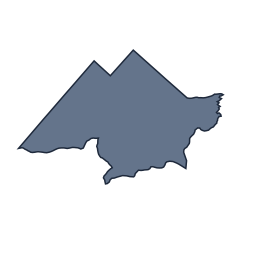 Mirinzal, Maranhão, Brazil (Albers equal-area conic projection), rotated 42°
{"feature_id": "56859067B82265545295101", "entity_name": "Mirinzal", "entity_type": "district", "adm_level": 2, "iso_a3": "BRA", "parent_name": "Brazil", "parent_adm1": "Maranhão", "projection": "albers", "projection_center": [-44.795, -2.07], "detail": "fine", "context": "isolated", "style": "filled", "palette": "slate", "viewbox_px": 256, "rotation_deg": 42, "n_neighbors": 0, "source": "geoboundaries", "source_scale": "gbopen_adm2", "svg_char_len": 2241}
<svg xmlns="http://www.w3.org/2000/svg" viewBox="0 0 256 256"><g transform="rotate(42 128 128)"><path d="M188.1,77.5L189.3,75.7L189.5,73.7L189.8,72.0L190.7,70.1L190.5,67.1L190.7,64.9L189.8,63.9L189.5,62.5L188.4,61.1L188.0,58.6L189.3,56.9L187.8,55.9L185.5,55.9L184.8,57.4L183.3,57.2L183.4,55.0L183.1,52.8L181.6,52.2L182.0,50.3L180.4,50.6L178.8,50.7L178.8,48.4L176.7,48.7L177.5,46.8L177.8,43.6L175.4,44.3L174.8,43.0L175.7,41.9L176.5,39.6L174.9,39.9L173.6,40.8L172.2,42.4L170.8,44.0L169.7,44.9L169.3,46.5L168.7,48.2L166.7,51.4L165.3,53.5L163.7,55.3L162.0,56.6L160.3,58.2L158.8,58.9L157.6,60.1L156.6,61.6L155.3,63.4L153.6,65.0L151.8,66.1L123.2,66.4L120.2,66.4L79.8,66.6L79.9,101.0L66.5,100.9L63.7,100.9L57.9,100.8L58.6,138.7L58.6,140.3L59.2,170.2L59.3,177.6L60.3,216.4L62.4,213.6L63.7,212.9L65.5,212.7L67.4,212.1L68.8,211.9L70.3,211.4L71.9,211.1L73.4,210.1L74.9,208.4L75.9,207.1L77.0,205.8L80.6,203.2L82.1,202.3L84.1,200.8L85.7,198.6L86.7,196.8L87.5,195.0L88.3,192.9L89.2,190.8L90.3,189.0L92.0,187.2L93.3,186.0L94.7,185.0L96.5,183.9L98.0,182.0L99.6,179.7L101.0,178.5L104.1,176.2L105.6,175.6L107.0,175.2L108.2,172.8L107.3,170.0L106.4,167.0L106.2,164.9L107.0,163.4L107.5,160.6L108.8,158.8L111.0,157.2L112.8,155.3L113.5,156.9L114.6,158.2L116.0,159.9L116.4,161.3L117.1,162.6L119.0,163.6L120.6,165.0L122.2,166.2L123.8,167.2L125.8,167.8L127.5,168.1L129.0,167.4L134.2,167.1L135.6,166.7L137.6,167.3L139.2,167.5L141.1,167.5L142.9,168.1L142.4,169.8L142.1,172.2L142.0,174.3L142.3,175.9L142.4,177.6L142.3,179.6L143.1,181.5L145.5,182.2L146.7,183.2L148.7,184.6L149.8,183.1L150.2,180.6L149.4,178.5L149.6,176.2L151.3,174.4L152.9,171.5L155.8,167.0L159.1,164.4L161.9,162.9L164.9,160.5L164.9,159.0L163.9,157.0L164.0,152.4L166.1,150.8L167.2,149.6L168.4,148.0L169.5,146.9L170.8,145.5L171.4,143.6L171.0,141.5L172.4,140.1L174.3,139.2L176.2,138.2L178.3,136.5L179.8,135.0L180.6,133.2L180.2,130.9L179.3,128.7L179.5,127.1L181.2,124.8L183.9,122.8L187.6,121.5L189.8,120.9L198.1,119.4L193.4,113.1L185.6,108.8L184.1,106.8L183.9,105.2L184.5,103.0L184.2,100.9L183.9,98.5L183.1,97.2L180.8,94.5L180.6,92.6L180.7,90.4L180.9,88.8L180.1,86.0L179.2,84.7L179.7,81.4L181.4,80.0L183.0,80.4L184.6,80.1L186.8,79.1L188.1,77.5Z" fill="#64748b" stroke="#1e293b" stroke-width="1.5"/></g></svg>